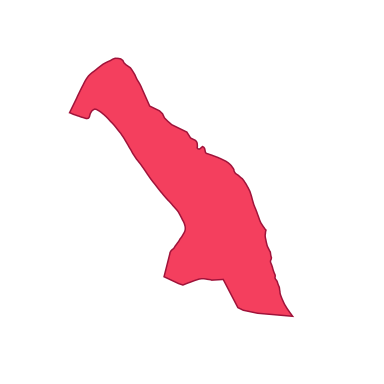 outline of Nati', Al Bayda', Yemen, rotated 296°
{"feature_id": "15242507B51557666361412", "entity_name": "Nati'", "entity_type": "district", "adm_level": 2, "iso_a3": "YEM", "parent_name": "Yemen", "parent_adm1": "Al Bayda'", "projection": "orthographic", "projection_center": [45.582, 14.537], "detail": "fine", "context": "isolated", "style": "filled", "palette": "rose", "viewbox_px": 384, "rotation_deg": 296, "n_neighbors": 0, "source": "geoboundaries", "source_scale": "gbopen_adm2", "svg_char_len": 4896}
<svg xmlns="http://www.w3.org/2000/svg" viewBox="0 0 384 384"><g transform="rotate(296 192 192)"><path d="M114.3,233.9L116.8,236.5L118.3,238.7L118.7,239.6L119.3,240.8L119.9,242.7L120.1,243.4L120.3,244.2L121.3,247.1L121.4,248.3L127.1,258.4L108.3,283.8L108.2,284.1L108.2,287.9L108.2,289.9L111.7,303.8L112.2,305.2L117.1,317.9L124.4,336.9L124.8,336.1L125.5,334.9L126.1,333.7L126.9,332.2L127.6,331.0L128.3,329.7L129.1,328.3L129.8,327.2L130.6,326.0L131.4,324.7L132.4,323.4L133.3,322.3L134.4,321.0L135.3,319.9L136.3,318.8L137.5,317.5L138.7,316.3L139.8,315.4L141.0,314.7L142.4,313.7L143.5,313.0L144.7,312.2L145.7,311.0L146.6,310.0L147.7,308.9L148.7,308.0L149.6,306.8L150.2,305.4L151.2,304.2L152.5,303.8L153.7,303.2L154.6,302.2L155.5,301.1L156.5,300.1L157.4,299.2L158.5,298.2L159.6,297.3L160.6,296.3L161.6,295.3L162.6,294.1L163.6,293.1L165.1,292.6L166.4,292.6L167.8,292.2L168.8,291.2L170.0,290.3L171.2,289.5L172.4,288.7L173.1,287.6L173.9,286.6L175.0,285.2L175.8,284.1L176.9,282.9L178.0,282.0L179.2,281.0L180.2,280.2L181.3,279.4L182.4,278.5L183.5,277.7L184.6,277.0L185.8,276.5L187.1,276.1L188.3,275.6L189.7,275.3L190.2,275.2L190.3,274.9L190.8,273.6L191.5,272.5L192.1,271.3L192.8,270.1L193.6,268.8L194.3,267.6L195.2,266.5L196.3,265.2L197.3,264.2L198.4,263.1L199.3,262.2L200.2,261.2L201.3,260.1L202.3,259.1L203.3,258.0L203.5,257.8L204.6,256.6L205.7,255.3L206.8,254.1L207.8,253.0L208.8,252.1L209.8,251.2L211.1,250.0L212.5,248.8L213.8,247.7L214.9,246.7L215.8,245.8L217.0,244.7L218.0,243.7L219.0,242.4L219.9,241.2L220.2,240.9L220.7,240.1L221.6,238.8L222.4,237.7L223.2,236.5L223.9,235.2L224.8,233.8L225.4,232.6L226.0,231.4L226.3,229.8L226.7,228.3L227.1,227.0L227.4,225.7L227.5,224.3L227.8,222.9L228.5,221.6L229.5,220.4L230.6,219.7L231.4,218.5L232.0,217.3L232.7,216.1L233.2,214.9L233.7,213.3L234.1,211.8L234.3,210.4L234.5,209.0L234.5,207.6L234.5,206.4L234.5,206.1L234.5,204.3L234.5,202.7L234.4,201.4L234.4,199.9L234.2,198.6L234.1,197.0L233.9,195.3L233.8,193.9L233.6,192.3L233.4,191.0L233.3,189.7L233.0,188.1L233.4,186.9L234.4,186.0L235.5,185.2L236.6,184.3L237.3,183.1L237.5,181.6L236.2,180.9L234.9,180.5L233.8,179.8L233.4,178.6L233.9,177.3L235.2,176.9L236.4,176.3L236.7,176.1L237.6,175.6L238.6,174.8L239.4,173.7L239.9,172.3L239.9,171.0L239.9,169.6L239.9,168.1L240.0,166.9L243.6,161.1L243.6,144.3L245.0,139.1L246.5,134.8L249.4,131.2L250.7,127.2L250.7,120.5L250.7,116.3L251.7,115.1L262.7,102.0L264.5,99.9L266.1,97.8L267.5,95.7L268.9,93.4L270.5,91.4L272.2,89.4L272.3,89.3L273.8,87.0L275.3,84.6L276.6,82.2L277.0,79.6L277.4,76.9L278.3,74.2L279.9,72.2L280.4,69.6L279.7,67.0L278.5,64.3L276.6,62.5L274.3,61.0L272.1,59.1L270.0,57.5L267.7,55.9L266.9,55.5L264.7,54.4L261.9,53.0L259.6,52.0L257.2,50.8L255.8,50.0L253.5,49.0L251.8,48.4L251.0,48.1L248.2,47.6L245.6,47.3L242.8,47.2L240.2,47.2L237.7,47.1L234.7,47.1L232.1,47.1L229.0,47.1L227.8,47.1L226.1,47.2L223.4,47.2L220.5,47.2L217.9,47.2L215.3,47.2L212.7,47.2L209.6,47.2L209.7,47.8L209.8,51.3L210.0,52.7L210.2,54.2L210.3,55.6L210.6,57.0L210.7,58.7L210.9,60.2L211.2,61.5L211.4,63.1L211.6,64.4L211.8,65.1L212.1,65.6L213.0,66.6L213.8,66.7L214.4,66.8L215.3,66.7L215.7,66.6L217.1,66.3L218.4,66.2L219.7,66.3L221.2,66.5L222.5,67.2L223.7,68.0L224.2,69.2L224.3,70.2L224.3,70.5L224.2,71.8L224.1,73.3L223.9,74.7L223.6,76.1L223.2,77.7L222.9,79.1L222.6,80.1L222.5,80.3L222.2,81.5L222.1,81.8L221.9,82.3L221.6,83.2L221.0,84.8L220.5,86.0L219.9,87.4L219.4,88.8L219.1,89.7L219.0,90.1L218.5,91.3L217.9,92.8L217.3,94.1L216.7,95.4L216.0,96.8L215.4,98.0L214.7,99.5L214.1,100.8L213.7,101.7L213.5,102.2L212.8,103.3L212.0,104.7L211.3,106.0L210.6,107.1L210.3,107.7L209.7,108.5L208.7,110.0L207.8,111.4L207.0,112.6L206.3,113.7L205.5,114.8L204.6,116.1L203.6,117.7L202.9,118.8L202.1,119.9L201.2,121.1L200.6,122.0L200.3,122.5L199.6,123.7L198.8,125.0L198.0,126.4L197.1,127.9L196.5,129.4L195.9,130.5L195.2,132.0L194.6,133.3L193.8,134.8L193.1,136.0L192.4,137.3L191.8,138.5L191.6,138.7L190.8,140.2L189.9,141.7L189.0,143.3L188.3,144.4L187.6,145.8L186.7,147.3L186.0,148.6L185.4,149.7L185.3,149.9L184.6,151.3L183.9,152.7L183.3,154.0L182.6,155.5L181.8,157.1L180.9,158.9L180.1,160.5L179.2,162.4L178.3,164.3L177.7,165.8L177.0,167.2L176.4,168.6L175.8,170.0L175.2,171.4L174.6,172.9L174.1,174.1L173.6,175.7L173.0,177.2L172.3,178.9L172.2,179.2L171.5,180.6L170.8,182.4L170.2,183.9L170.1,184.0L169.6,185.3L168.9,186.9L168.2,188.3L167.3,189.6L166.8,190.3L166.4,190.9L165.5,192.1L164.7,193.2L163.8,194.4L162.9,195.5L162.1,196.7L161.2,197.9L160.3,198.9L159.0,200.1L157.8,201.1L156.6,201.8L155.2,202.4L153.9,202.7L152.5,202.8L151.2,202.7L149.6,202.6L148.3,202.5L147.0,202.4L146.8,202.3L145.6,202.1L144.4,201.8L143.1,201.8L141.3,201.6L140.0,201.3L138.1,201.0L136.2,200.6L134.8,200.5L133.2,200.3L131.4,199.4L129.8,198.9L128.1,198.8L126.6,199.2L103.6,204.0L103.8,219.2L103.8,220.0L104.4,224.6L107.2,227.1L108.7,228.5L109.9,229.7L113.4,233.0L114.3,233.9L114.3,233.9Z" fill="#f43f5e" stroke="#9f1239" stroke-width="1.5"/></g></svg>